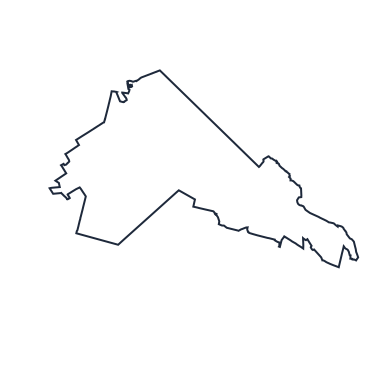 Babītes pag., Babites, Latvia, rotated 67°
{"feature_id": "27541924B20304817585286", "entity_name": "Babītes pag.", "entity_type": "district", "adm_level": 2, "iso_a3": "LVA", "parent_name": "Latvia", "parent_adm1": "Babites", "projection": "albers", "projection_center": [23.861, 56.895], "detail": "fine", "context": "isolated", "style": "outline", "palette": "slate", "viewbox_px": 384, "rotation_deg": 67, "n_neighbors": 0, "source": "geoboundaries", "source_scale": "gbopen_adm2", "svg_char_len": 5442}
<svg xmlns="http://www.w3.org/2000/svg" viewBox="0 0 384 384"><g transform="rotate(67 192 192)"><path d="M67.9,226.6L72.2,229.5L75.8,232.2L76.0,232.3L76.4,232.6L78.5,234.2L80.3,235.5L80.8,235.9L84.4,238.6L88.7,241.9L91.0,243.6L90.9,243.7L91.3,244.0L93.5,245.7L93.4,245.9L93.4,246.1L93.6,247.5L94.8,254.4L96.2,262.5L96.4,263.6L96.9,266.7L97.2,268.7L97.4,269.8L97.4,270.0L97.8,272.4L98.2,274.7L98.8,278.4L104.6,277.7L104.7,278.3L104.9,279.1L105.1,280.0L105.5,282.3L106.2,285.7L107.4,292.0L107.4,292.3L107.6,293.7L107.9,293.6L112.1,293.1L113.3,292.9L114.5,292.8L114.8,292.8L116.0,293.1L116.8,295.1L116.7,295.2L117.6,297.0L117.4,299.0L115.9,299.2L116.2,302.1L117.2,301.8L125.7,300.5L128.2,313.3L129.6,312.4L131.6,311.0L135.8,311.8L134.4,316.1L133.8,318.0L133.4,319.2L133.0,320.9L132.9,321.6L139.4,320.5L141.8,312.9L141.8,312.7L142.4,312.6L143.2,312.2L145.5,311.3L146.7,310.7L148.9,309.8L149.8,309.9L150.0,309.7L150.1,308.9L150.0,308.0L149.8,306.9L149.6,306.9L149.3,306.9L145.7,307.5L145.6,307.4L144.8,302.3L144.7,301.7L144.1,297.6L143.9,293.6L145.7,293.1L149.5,292.4L151.5,292.0L154.3,291.5L154.6,291.5L159.4,295.1L162.7,297.6L165.8,299.9L168.0,301.6L168.7,302.1L169.6,302.8L170.8,303.7L171.3,304.1L172.3,304.9L173.2,305.4L174.6,306.6L175.8,307.5L176.1,307.7L178.1,309.2L179.1,309.9L180.0,310.6L182.5,312.5L182.8,313.1L183.1,313.4L184.8,314.6L211.7,280.6L209.3,273.8L197.2,238.4L186.3,206.6L185.3,203.5L200.0,192.2L206.0,196.5L208.7,192.8L209.8,191.4L209.7,191.5L213.2,186.7L216.5,182.1L217.5,180.7L218.2,179.8L220.2,179.2L220.4,179.4L220.7,179.5L221.3,179.4L221.5,179.0L221.5,178.5L221.5,178.3L221.7,178.0L222.1,178.2L222.7,178.4L222.8,178.6L223.0,178.4L223.9,178.3L224.0,178.3L224.7,178.1L225.5,178.0L225.8,178.0L226.7,178.1L229.1,178.3L229.7,178.4L229.8,178.4L229.9,178.5L231.2,179.3L232.1,179.9L234.5,177.6L235.4,175.7L238.5,174.0L245.5,164.7L245.9,164.3L245.7,162.7L245.6,161.8L245.6,161.0L245.7,159.9L245.7,158.6L245.8,156.4L245.8,156.1L245.9,155.9L245.9,155.7L246.1,155.3L246.2,155.1L246.4,154.8L246.4,154.7L246.6,154.8L246.9,155.1L247.2,155.3L247.3,155.5L247.6,155.6L247.8,155.7L248.2,155.8L248.7,155.9L250.6,156.0L250.6,155.7L252.0,155.4L254.5,152.4L257.4,148.8L263.8,140.4L264.7,139.0L268.2,134.4L268.7,134.7L269.2,134.4L271.2,132.9L271.6,132.5L272.6,131.3L275.5,132.5L275.8,132.8L276.2,133.3L276.9,132.6L271.3,128.3L269.7,125.6L269.2,124.8L268.9,124.4L269.9,123.7L270.0,123.9L270.3,123.6L270.5,123.3L270.6,123.2L272.8,121.7L273.5,121.2L275.1,120.1L276.6,119.2L278.8,117.5L279.8,116.7L280.9,116.1L282.5,115.1L285.3,113.1L287.5,111.7L284.9,110.5L283.4,109.9L277.9,107.8L278.5,107.5L280.1,106.5L280.4,106.4L280.9,105.9L280.5,104.2L282.8,103.9L288.3,103.0L288.9,103.9L289.3,104.3L291.7,104.0L292.7,103.3L292.6,102.1L301.5,99.0L302.7,98.6L305.8,98.7L305.8,98.4L306.5,97.6L308.3,96.2L308.9,95.9L309.8,95.1L311.2,93.8L311.9,93.2L314.7,90.4L316.1,88.9L318.6,86.3L316.1,84.5L310.8,80.6L306.7,77.6L304.1,75.6L301.5,73.7L301.2,73.5L301.5,73.4L302.3,73.3L302.9,73.2L303.5,73.0L303.8,72.9L304.0,72.8L304.3,72.6L305.2,71.8L305.6,71.6L305.8,71.4L306.3,71.2L306.7,71.2L307.3,71.1L307.5,71.1L308.2,71.0L311.7,71.5L312.3,70.8L313.3,71.5L314.1,71.6L315.2,72.3L316.1,70.7L316.5,71.0L317.1,70.3L317.7,68.8L318.0,68.6L319.1,67.7L318.2,66.4L317.6,65.4L317.1,64.6L314.0,64.4L311.3,64.3L308.6,63.6L305.3,63.1L300.9,62.4L297.9,63.4L296.4,64.8L291.4,66.1L289.5,65.7L288.0,66.1L287.9,66.0L287.1,66.3L285.0,66.8L284.9,66.8L284.4,66.7L283.7,66.9L283.5,67.0L282.3,67.7L281.4,68.7L279.8,70.8L280.8,71.4L279.6,72.1L278.3,72.8L277.0,73.4L276.2,73.8L275.8,74.4L275.6,74.6L273.9,77.0L273.5,77.8L270.9,79.6L270.5,80.0L269.3,81.0L267.3,82.8L265.0,84.8L264.7,84.9L259.6,89.6L257.4,91.6L255.0,93.1L252.9,94.4L252.5,94.5L249.1,94.9L248.6,95.1L248.2,95.5L248.3,95.5L247.9,95.8L247.3,96.6L246.0,98.2L244.3,99.0L242.8,99.0L242.4,99.0L240.6,98.5L238.7,95.8L239.4,93.4L238.2,92.8L232.6,90.7L231.4,90.3L231.2,90.2L230.6,90.7L230.2,90.7L228.8,90.9L228.0,90.6L227.1,92.0L226.9,92.2L224.9,93.1L222.9,93.9L221.6,94.5L220.1,96.0L219.8,96.8L218.1,96.0L216.1,96.8L215.9,96.3L215.5,95.6L214.3,95.7L213.5,95.2L212.2,96.1L211.6,96.2L210.7,96.9L210.4,97.0L210.0,96.9L209.6,97.2L209.6,97.6L209.5,97.8L208.3,98.1L207.3,98.6L206.5,98.9L205.6,99.5L205.2,99.7L204.9,99.9L203.5,100.5L201.9,101.2L200.3,101.0L199.0,101.6L199.1,101.9L199.0,102.1L198.3,102.8L197.7,102.6L197.2,102.4L197.0,101.9L196.1,102.2L196.1,102.8L195.4,103.3L194.1,104.3L193.0,104.9L192.4,105.3L191.9,106.3L191.7,106.4L190.8,106.7L190.1,107.1L189.4,107.3L189.0,107.7L189.8,113.2L189.9,113.6L190.1,113.7L190.4,113.8L191.0,113.9L191.4,114.0L191.8,114.2L192.1,114.5L192.4,115.0L192.6,115.5L192.7,115.8L194.8,119.7L195.1,120.6L67.5,174.1L66.8,193.6L66.8,194.0L67.2,195.8L67.3,195.9L67.7,197.3L68.1,199.4L68.2,199.7L67.8,199.9L67.5,203.0L67.4,203.3L66.0,204.8L65.2,206.1L64.9,207.5L65.0,208.4L66.6,208.8L66.7,208.4L67.1,208.5L67.1,209.1L70.3,209.8L70.4,208.8L68.8,208.4L69.2,207.0L70.5,207.3L70.4,206.4L70.1,206.3L70.0,205.6L71.4,205.9L71.6,206.9L71.4,207.6L71.1,209.0L70.8,209.6L71.0,210.0L72.4,210.3L73.5,209.6L74.7,210.5L76.2,212.2L76.3,212.3L75.3,213.8L73.7,216.5L73.2,217.4L73.4,217.5L73.5,217.5L75.9,216.9L76.8,216.7L77.6,216.5L78.4,216.4L79.2,216.0L80.2,216.0L81.0,215.9L81.9,216.2L82.3,219.2L82.6,219.3L82.5,220.1L80.5,222.7L80.4,222.8L78.8,222.8L74.3,222.7L73.3,222.7L73.2,222.7L70.8,222.7L70.5,222.3L70.5,222.2L70.4,222.3L69.6,223.6L68.9,224.6L68.9,224.8L67.9,226.6Z" fill="none" stroke="#1e293b" stroke-width="2"/></g></svg>